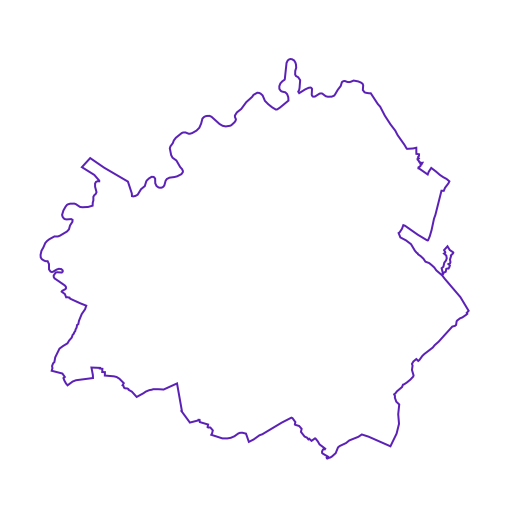 Comarna, Iasi, Romania (Mercator projection), rotated 273°
{"feature_id": "2599482B53302067046585", "entity_name": "Comarna", "entity_type": "district", "adm_level": 2, "iso_a3": "ROU", "parent_name": "Romania", "parent_adm1": "Iasi", "projection": "mercator", "projection_center": [27.796, 47.075], "detail": "fine", "context": "isolated", "style": "outline", "palette": "violet", "viewbox_px": 512, "rotation_deg": 273, "n_neighbors": 0, "source": "geoboundaries", "source_scale": "gbopen_adm2", "svg_char_len": 5980}
<svg xmlns="http://www.w3.org/2000/svg" viewBox="0 0 512 512"><g transform="rotate(273 256 256)"><path d="M425.1,355.9L427.3,354.0L432.1,354.1L433.6,353.4L434.7,351.7L435.7,348.9L436.3,344.3L434.9,341.4L434.5,339.9L434.6,338.1L435.4,335.6L435.3,334.6L434.7,333.3L434.1,332.7L430.2,331.7L426.3,329.0L421.3,326.4L420.2,325.6L419.1,323.3L418.8,319.4L419.2,317.3L421.7,313.6L421.8,312.5L421.5,311.0L418.3,306.5L418.1,304.6L419.1,303.5L420.2,303.2L425.8,303.2L426.8,302.4L427.1,301.6L426.7,299.7L424.9,296.3L420.9,290.6L422.3,289.6L424.1,290.4L426.2,290.7L433.9,290.9L436.7,288.8L437.9,286.4L439.3,285.6L442.9,285.5L446.1,286.3L449.3,285.9L451.3,285.2L453.3,283.8L454.4,281.6L454.5,279.9L453.8,278.4L452.8,277.4L450.4,276.4L434.1,275.5L433.4,275.2L431.9,273.2L429.6,271.3L426.8,270.4L424.1,270.6L422.2,272.1L421.6,273.3L421.0,276.7L419.3,278.6L416.3,279.9L412.9,280.3L405.5,272.2L403.5,269.5L403.3,268.1L405.4,264.2L408.2,260.3L411.4,256.8L416.7,254.2L418.4,252.1L419.0,250.6L419.1,248.7L416.8,245.1L414.7,243.8L409.1,238.2L402.1,233.6L398.4,229.4L395.2,227.6L393.7,227.7L391.5,228.8L390.0,228.5L388.5,227.6L385.3,224.5L384.7,223.3L383.8,219.0L384.3,215.8L385.9,212.7L392.7,204.3L393.5,202.3L393.3,199.7L392.9,198.2L392.0,196.7L390.4,195.3L385.4,194.3L381.1,192.7L378.1,190.0L375.4,185.8L374.6,183.5L374.6,182.3L375.7,179.1L375.5,176.7L374.9,175.4L369.9,169.8L367.1,167.9L364.3,167.0L361.0,164.8L359.0,164.3L352.3,166.0L349.8,167.5L347.2,171.5L340.9,175.6L338.9,177.6L337.0,178.6L335.8,178.5L333.8,177.2L331.4,173.0L330.6,170.4L329.7,165.5L328.2,162.9L326.4,161.8L321.8,160.8L320.4,159.9L319.6,158.8L319.2,157.7L319.2,155.7L319.5,154.8L320.7,153.0L323.3,151.6L328.1,151.2L329.6,149.7L329.6,147.6L327.9,145.1L325.8,143.1L324.8,142.5L320.0,141.3L316.7,137.7L311.0,134.6L309.7,132.5L309.1,130.3L309.3,129.0L312.0,128.7L323.6,124.2L336.2,99.8L345.1,85.3L335.6,77.5L328.5,90.3L323.1,95.5L322.4,95.5L322.4,93.9L321.6,92.3L319.9,91.5L316.7,91.7L311.4,93.4L309.6,92.7L308.1,91.2L306.6,90.5L303.1,90.7L300.8,90.2L297.7,90.2L296.2,85.8L295.6,80.1L295.8,77.7L298.4,73.3L298.8,71.8L298.5,67.6L297.8,65.6L297.2,64.6L295.4,63.3L291.4,61.3L286.9,60.2L284.9,60.9L283.4,62.2L282.9,63.0L282.6,64.8L283.2,69.5L282.5,70.9L280.6,70.9L276.8,68.7L272.8,67.8L270.6,66.0L266.0,59.1L265.1,57.0L265.0,53.7L262.0,48.8L260.1,46.6L258.0,44.9L253.4,43.2L250.0,41.5L245.9,40.8L243.3,41.1L241.6,42.3L240.2,44.9L239.8,46.4L239.9,48.2L237.1,49.7L231.8,50.0L229.7,51.6L229.3,52.9L229.6,54.0L232.0,57.6L232.9,59.8L232.7,62.3L231.5,63.7L230.3,63.8L229.3,62.9L229.4,58.2L228.8,56.7L226.0,55.0L224.5,55.1L223.1,56.0L216.6,66.6L215.4,67.7L214.0,68.0L213.0,67.5L211.1,64.3L210.2,63.8L208.0,67.1L204.8,68.6L205.0,70.1L204.6,71.3L204.7,71.9L203.7,72.6L203.3,73.5L199.7,82.6L197.5,89.1L193.9,88.1L188.9,85.0L182.0,82.6L178.6,82.1L177.7,80.9L175.1,80.6L173.3,79.7L171.5,79.4L170.1,78.4L168.8,78.1L167.8,77.1L164.8,76.2L161.8,73.8L158.9,72.3L156.0,68.0L153.2,64.6L144.3,60.8L139.5,60.2L138.2,59.0L135.4,58.1L133.4,58.6L130.7,58.0L128.5,68.8L125.2,71.4L124.0,70.1L121.7,71.1L118.8,72.9L117.0,74.6L121.0,79.4L122.5,82.7L125.6,99.6L128.7,99.3L136.0,97.5L136.1,106.0L135.5,105.9L135.3,108.5L132.1,108.5L132.1,111.2L128.7,111.3L128.4,120.3L127.9,123.1L126.3,126.0L122.1,130.6L119.9,129.5L119.4,130.4L117.6,131.1L117.0,132.3L117.0,134.3L116.5,135.5L115.7,135.8L114.0,139.2L109.0,144.2L113.0,150.7L114.8,153.0L116.5,156.6L117.0,158.9L117.6,160.3L117.9,166.7L117.8,170.7L124.6,183.8L97.4,190.1L97.2,189.7L86.2,198.7L88.8,207.0L89.4,207.1L89.4,208.2L87.2,208.6L85.2,217.0L82.6,216.6L82.2,217.3L82.4,219.1L82.2,219.5L79.6,222.0L76.6,221.4L75.1,220.7L72.1,232.0L72.3,236.7L73.1,240.3L74.8,243.8L77.9,247.7L78.6,249.3L78.8,251.6L78.1,255.3L70.0,258.6L72.7,263.3L77.2,268.9L78.3,271.6L91.0,290.5L96.4,299.8L96.0,300.9L92.2,304.0L90.0,303.6L89.5,303.9L88.5,308.0L85.8,310.6L82.7,310.1L78.2,314.0L77.3,316.4L75.6,317.9L76.3,318.7L74.3,321.1L77.0,324.5L76.8,325.0L74.0,327.5L71.2,329.3L67.2,335.2L66.5,334.8L66.7,333.5L66.0,332.9L64.3,332.2L62.8,332.3L62.1,333.1L59.5,338.2L58.3,337.1L57.6,337.4L57.5,338.1L58.1,338.8L58.6,340.6L59.7,342.3L63.3,345.9L69.1,347.9L70.6,349.5L73.9,355.7L76.7,358.8L80.8,367.7L83.3,371.0L81.5,377.8L73.0,400.2L86.0,405.7L95.9,407.6L105.4,406.3L115.2,406.8L117.9,403.7L121.8,402.1L123.5,402.1L125.1,401.2L126.1,402.4L128.2,403.8L132.8,408.7L135.2,409.5L135.6,410.6L137.5,413.2L140.6,416.6L143.8,419.3L145.0,419.6L150.4,417.7L154.7,418.1L156.4,417.4L158.9,418.7L161.5,421.5L159.7,423.5L160.7,424.6L165.0,427.4L167.0,429.3L173.8,437.3L176.3,439.1L179.9,442.8L195.8,455.7L196.6,458.3L197.6,459.4L201.4,459.8L202.2,460.4L204.5,463.1L205.4,465.2L208.3,469.0L209.3,470.0L210.2,469.4L212.4,471.2L225.6,462.3L243.1,445.7L246.4,442.9L248.1,444.0L248.9,443.7L250.2,446.3L253.1,446.7L253.5,447.6L253.5,448.9L254.8,449.6L256.7,450.1L258.0,448.6L258.9,450.2L260.1,450.5L262.6,449.9L266.2,450.8L266.8,450.6L268.5,452.3L269.6,452.9L270.0,452.7L272.1,449.2L275.7,446.7L271.7,443.5L269.8,444.8L269.2,444.8L268.3,443.6L266.4,446.0L263.7,446.6L261.5,446.0L259.2,444.4L255.1,443.7L253.5,442.0L248.6,443.5L246.7,442.5L251.1,436.8L253.9,434.6L256.1,431.9L258.0,429.3L259.2,425.5L262.1,423.3L264.6,420.3L266.2,417.7L267.1,417.3L267.5,416.4L269.6,414.4L275.9,410.2L279.5,404.9L282.1,399.2L286.4,397.2L287.3,398.3L290.9,400.4L294.5,401.5L293.9,403.4L285.7,416.5L280.8,425.7L280.5,426.7L280.7,427.0L284.8,428.5L291.2,430.0L302.5,431.8L306.5,433.0L330.9,437.8L330.9,440.1L334.0,441.2L338.7,444.4L340.7,445.2L342.9,442.3L344.6,438.7L346.6,435.4L350.0,431.0L353.1,426.4L349.2,424.1L346.4,423.2L351.8,414.5L352.0,413.6L353.0,413.6L354.2,415.4L355.7,415.6L355.9,416.4L357.8,417.3L357.5,415.1L358.1,415.1L358.8,413.7L359.8,413.5L360.7,412.3L361.3,412.2L362.0,413.5L363.2,412.6L364.5,413.5L366.1,413.5L366.4,410.8L372.5,410.4L371.6,407.2L370.9,401.2L371.5,400.6L374.7,398.5L384.1,391.1L388.5,388.5L394.5,383.4L402.9,377.3L411.6,372.2L414.1,369.7L424.5,362.1L424.4,360.6L424.7,357.5L425.1,355.9Z" fill="none" stroke="#5b21b6" stroke-width="2"/></g></svg>